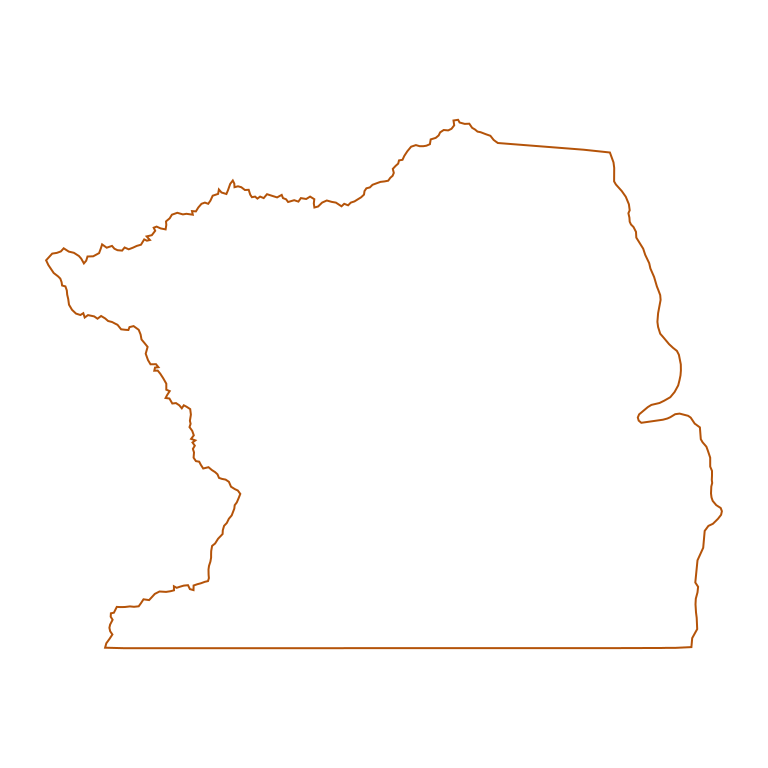 outline of Planaltina, Goiás, Brazil
{"feature_id": "56859067B53448313015769", "entity_name": "Planaltina", "entity_type": "district", "adm_level": 2, "iso_a3": "BRA", "parent_name": "Brazil", "parent_adm1": "Goiás", "projection": "mercator", "projection_center": [-47.833, -15.26], "detail": "fine", "context": "isolated", "style": "outline", "palette": "amber", "viewbox_px": 768, "rotation_deg": 0, "n_neighbors": 0, "source": "geoboundaries", "source_scale": "gbopen_adm2", "svg_char_len": 4881}
<svg xmlns="http://www.w3.org/2000/svg" viewBox="0 0 768 768"><path d="M63.7,248.3L60.9,251.4L56.8,252.9L52.2,253.6L46.1,260.3L48.4,265.1L53.7,273.0L58.1,276.4L60.3,278.6L61.6,282.2L62.1,285.5L65.4,286.4L66.8,290.4L67.2,294.7L68.2,298.9L69.0,304.7L72.0,309.8L76.0,313.6L80.4,315.0L83.3,313.2L84.7,317.5L88.0,315.1L94.2,316.4L97.5,318.7L101.1,316.0L105.1,318.4L108.1,321.0L112.0,322.0L117.6,324.9L121.1,329.3L125.4,329.8L128.4,330.0L129.5,327.1L133.6,326.1L138.7,329.8L140.6,334.5L141.5,339.5L144.3,342.8L147.6,346.9L145.7,353.7L148.0,360.1L150.5,364.3L156.0,364.2L158.4,367.2L155.0,367.6L154.3,370.7L157.7,370.6L160.2,373.6L163.3,378.4L166.3,383.7L166.3,389.7L169.7,391.1L167.1,395.1L165.6,398.0L169.4,398.5L172.3,403.5L176.0,403.1L179.3,405.3L181.8,408.3L183.8,405.3L186.5,406.7L190.2,409.1L190.9,414.6L189.9,420.8L190.6,423.8L189.5,427.1L192.2,430.8L193.8,435.3L191.1,438.9L195.3,440.4L192.5,442.5L194.8,445.7L192.9,448.9L194.0,452.4L193.6,457.7L195.9,461.1L199.2,461.7L200.8,464.8L203.2,468.5L208.5,467.2L211.8,470.0L215.2,472.2L217.5,474.3L219.0,477.9L222.0,478.9L225.6,479.6L228.9,481.8L231.0,486.7L234.8,489.1L237.8,490.5L240.3,493.9L238.6,498.2L236.8,502.4L234.7,505.2L234.3,508.6L231.7,515.4L228.9,518.7L226.8,523.0L224.1,525.8L222.8,530.2L222.6,534.0L218.1,538.7L215.1,543.5L212.1,545.9L211.2,551.0L211.1,554.4L211.1,557.6L210.4,561.6L209.0,565.9L208.5,569.5L208.6,574.8L208.9,578.1L208.0,581.1L204.9,581.8L200.8,583.3L197.4,584.2L193.6,585.5L193.5,590.1L189.9,589.1L188.0,585.2L183.8,585.6L180.0,586.7L176.7,587.8L173.9,586.3L174.0,590.3L170.6,591.2L166.1,591.9L159.5,591.5L154.8,593.9L149.1,600.1L143.5,599.3L141.0,603.1L138.7,606.3L134.0,606.8L129.9,606.4L124.9,607.0L120.7,607.1L116.8,606.9L113.9,612.7L110.9,613.3L110.7,616.7L112.6,619.8L110.1,624.6L109.4,627.8L110.2,631.3L112.4,634.5L109.7,638.6L106.3,643.3L105.1,647.7L124.2,648.2L185.9,648.2L314.5,648.2L401.7,648.1L488.8,648.1L517.6,648.1L565.4,648.1L569.5,648.1L573.6,648.1L587.2,648.1L594.1,648.1L605.2,648.1L620.7,648.1L653.0,648.0L660.9,648.0L665.2,647.9L674.7,647.9L691.4,647.1L692.2,638.1L697.2,629.1L696.7,617.9L696.0,612.4L695.5,604.3L695.8,598.7L697.5,592.4L698.1,586.8L695.3,582.5L697.5,560.3L703.2,547.8L704.7,530.9L708.4,525.9L712.9,523.8L717.9,518.9L721.1,514.8L721.9,511.2L720.7,508.0L716.3,505.2L712.7,500.9L711.5,497.4L711.0,493.4L711.3,486.5L712.2,483.0L711.8,479.9L712.0,475.6L712.0,470.9L710.2,466.6L710.2,457.7L707.9,450.8L706.4,446.7L702.6,442.3L700.8,439.2L699.9,427.4L694.7,423.6L690.7,417.6L688.1,415.8L679.6,413.6L675.2,414.2L670.3,417.2L667.4,418.5L663.0,419.7L641.3,422.8L638.7,420.6L637.8,417.5L639.1,414.4L647.8,407.1L651.4,404.9L659.5,403.0L664.2,400.7L670.3,397.2L674.6,392.0L678.2,385.4L679.5,380.2L680.5,375.4L680.9,370.5L680.8,364.4L678.9,354.8L676.9,350.9L673.1,347.9L669.1,344.2L663.5,337.5L660.2,333.7L658.1,327.0L657.4,321.8L658.1,313.2L660.6,299.9L660.2,295.1L658.1,289.5L656.9,286.5L654.1,277.0L650.4,268.5L649.2,263.2L645.2,254.8L643.2,248.7L636.3,237.6L636.0,231.9L633.5,227.0L631.0,224.5L629.7,221.7L629.4,217.6L628.4,213.2L629.7,210.3L628.9,204.3L625.8,196.8L621.8,191.1L615.9,184.5L614.1,181.4L614.2,167.9L613.5,162.4L609.9,152.5L583.5,149.7L497.8,143.0L493.7,140.0L490.4,135.8L485.8,134.2L480.6,132.2L477.5,131.6L475.0,129.5L472.1,127.8L469.3,123.7L464.7,123.9L459.6,122.5L458.1,119.8L453.5,120.5L454.2,125.3L451.5,128.8L448.2,130.4L443.7,130.0L440.1,132.4L438.7,135.4L435.7,137.9L430.7,139.4L429.9,144.2L426.4,145.7L423.3,146.2L419.7,146.2L415.9,145.1L411.1,146.7L407.3,151.3L404.3,155.9L402.5,159.8L399.0,160.4L398.2,163.6L395.6,165.9L392.8,168.9L393.8,172.9L392.6,175.8L390.3,177.8L388.2,180.7L384.6,181.4L380.4,181.9L376.0,183.5L372.5,184.8L369.9,187.4L366.4,188.3L364.5,191.1L364.0,194.6L361.1,197.3L357.2,199.7L354.5,201.4L350.8,202.6L348.1,205.3L344.2,203.8L341.5,206.3L335.9,202.6L331.8,201.9L326.8,200.5L322.1,202.6L318.1,206.5L314.4,207.5L313.8,203.4L314.3,199.2L310.1,196.6L306.2,199.0L300.9,198.1L298.4,201.6L294.2,200.2L288.1,202.0L286.1,199.3L283.0,198.1L281.7,194.9L277.1,197.4L272.3,195.9L267.0,194.2L263.7,198.1L260.1,196.6L257.4,198.6L255.1,196.6L251.9,197.2L250.2,194.6L248.7,189.8L244.9,190.0L241.3,187.2L238.0,186.3L234.5,187.2L234.3,183.6L232.8,180.5L230.2,183.9L228.0,190.2L226.4,194.0L221.5,192.5L218.9,189.5L218.1,193.9L212.7,195.7L210.4,200.7L208.2,203.8L204.9,202.6L201.5,203.8L198.3,207.5L195.9,211.4L192.0,211.1L192.8,214.7L186.4,213.8L182.9,214.4L177.3,212.8L171.9,214.7L169.7,218.3L166.0,221.4L166.3,224.9L165.6,229.4L160.6,228.4L156.6,226.6L153.7,227.7L155.2,230.8L151.8,235.2L146.7,236.4L149.9,240.0L146.9,240.7L144.2,239.4L141.0,244.7L136.8,245.9L132.9,247.7L128.7,249.3L124.6,247.5L122.1,250.6L117.5,250.2L114.4,248.7L112.0,245.9L106.7,247.7L102.1,244.4L100.8,248.5L99.1,253.1L93.2,256.3L87.5,256.5L86.2,260.7L83.9,263.4L81.2,258.6L78.9,256.0L73.9,252.8L68.8,251.6L63.7,248.3Z" fill="none" stroke="#b45309" stroke-width="2"/></svg>